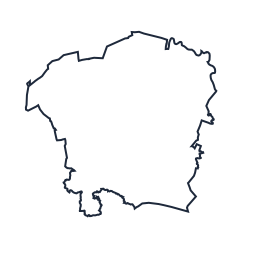 Ometepec, Guerrero, Mexico (Natural Earth projection), rotated 169°
{"feature_id": "50627088B84554678203253", "entity_name": "Ometepec", "entity_type": "district", "adm_level": 2, "iso_a3": "MEX", "parent_name": "Mexico", "parent_adm1": "Guerrero", "projection": "natural_earth1", "projection_center": [-98.323, 16.673], "detail": "fine", "context": "isolated", "style": "outline", "palette": "slate", "viewbox_px": 256, "rotation_deg": 169, "n_neighbors": 0, "source": "geoboundaries", "source_scale": "gbopen_adm2", "svg_char_len": 5643}
<svg xmlns="http://www.w3.org/2000/svg" viewBox="0 0 256 256"><g transform="rotate(169 128 128)"><path d="M41.3,189.6L41.5,188.0L42.9,186.4L43.9,185.8L45.0,185.7L46.6,186.5L47.1,187.0L47.5,188.0L48.3,190.2L48.7,190.9L49.8,192.1L50.4,192.7L53.1,193.3L53.8,193.6L54.7,194.3L55.7,195.7L57.2,197.5L59.0,198.7L59.3,199.1L59.1,201.4L59.2,201.9L59.5,202.3L60.1,202.5L60.9,202.5L63.0,201.5L64.4,201.1L65.2,201.3L65.8,201.8L66.1,202.3L66.2,203.1L66.1,206.3L66.4,206.9L67.7,207.8L68.2,207.8L68.9,207.4L69.8,206.2L71.1,204.2L71.5,203.1L72.3,200.3L73.4,197.9L74.9,198.2L75.9,198.3L75.3,200.6L74.4,202.9L74.2,202.8L73.9,203.5L72.8,207.1L78.1,210.1L94.4,217.7L98.8,220.3L103.0,220.7L106.0,221.5L106.1,218.3L109.9,217.4L110.7,216.3L112.9,216.4L113.7,216.5L133.1,212.0L139.5,201.3L147.9,203.4L153.0,203.4L153.0,203.1L153.5,203.1L155.2,203.5L160.1,203.6L163.4,203.3L163.4,205.5L162.7,212.3L177.3,211.8L183.0,208.5L189.5,208.1L194.8,204.9L195.1,201.3L196.4,200.7L199.1,198.4L202.4,195.3L205.2,194.0L206.4,193.6L210.5,191.7L210.9,191.4L216.1,188.7L215.4,192.6L216.5,191.9L218.1,191.2L218.6,190.6L217.8,187.8L220.9,179.7L223.2,170.0L224.3,167.7L224.6,165.5L222.8,164.1L213.9,166.6L211.8,167.5L210.8,162.9L208.2,157.8L203.9,152.9L202.9,152.3L203.0,150.1L202.6,149.6L202.7,149.4L202.2,149.1L201.9,147.2L201.8,145.8L201.0,142.0L200.5,141.9L199.9,141.5L199.2,139.9L200.4,139.8L200.5,138.4L200.3,130.7L200.0,129.4L196.2,129.0L195.3,129.0L194.7,129.2L192.0,129.3L191.8,128.1L192.2,124.2L193.5,122.5L193.6,110.3L194.5,109.4L197.0,102.4L196.3,101.3L196.1,101.2L195.2,100.2L193.7,99.8L193.1,99.5L191.3,99.2L190.2,98.0L189.1,97.0L188.6,96.2L190.2,96.3L191.7,96.8L191.9,96.7L192.3,96.1L193.5,95.0L193.7,92.3L194.2,91.3L194.7,89.3L195.4,88.5L196.0,88.4L197.1,88.7L197.8,89.1L198.4,89.0L198.8,88.6L199.1,88.9L199.3,88.9L200.8,87.0L201.6,86.8L201.6,86.6L201.4,86.0L201.0,85.5L200.7,85.1L200.7,84.7L200.4,84.1L200.6,83.0L201.2,82.2L201.4,81.7L201.4,81.4L201.2,81.2L199.2,80.0L199.0,79.5L199.5,78.3L199.4,78.0L198.9,77.2L197.8,75.9L197.6,76.1L197.3,77.4L196.6,77.9L196.3,77.9L195.8,77.7L195.1,77.1L194.7,76.3L193.8,75.2L192.6,74.4L191.1,73.7L190.8,73.7L189.7,74.3L188.2,74.3L187.7,74.5L187.3,74.4L186.1,74.7L185.7,74.5L185.6,74.3L185.6,73.6L186.3,73.0L187.0,72.5L187.2,72.0L187.6,70.3L187.5,69.3L188.0,67.8L187.9,66.8L188.1,65.7L189.3,65.3L189.4,65.0L189.6,63.6L189.0,61.9L189.0,61.5L189.2,61.3L189.3,60.4L190.3,58.4L190.7,56.6L191.1,56.0L191.1,55.7L187.6,55.1L186.8,55.3L186.6,55.2L186.4,55.0L186.4,54.5L186.8,53.1L186.6,52.5L187.0,52.0L187.1,51.7L186.4,50.5L185.0,49.7L184.4,49.1L183.3,50.0L182.9,50.0L182.7,49.7L182.3,48.8L181.9,48.7L181.3,48.9L180.5,48.6L179.6,48.9L179.0,49.0L176.7,48.5L174.3,48.7L173.3,48.4L172.0,48.9L171.4,48.8L171.1,49.0L170.9,49.5L170.8,50.4L171.0,51.3L171.7,51.7L171.7,52.5L172.0,52.7L171.4,53.2L171.2,53.7L170.9,54.1L170.6,54.2L170.0,55.6L168.6,57.3L168.9,58.0L169.1,58.2L169.5,58.2L169.8,60.0L170.0,60.2L170.1,60.8L169.8,61.0L169.7,61.5L169.3,61.8L170.7,63.4L171.0,63.3L171.1,63.8L171.0,64.3L170.5,64.1L169.9,64.1L170.3,65.4L170.3,65.9L170.4,66.2L170.5,66.2L170.8,65.9L171.3,66.1L171.7,65.9L171.6,65.3L172.1,65.0L172.5,65.6L172.5,65.9L172.8,65.6L172.9,65.1L174.2,65.5L174.4,65.2L175.3,65.8L174.5,67.1L174.8,67.4L174.9,68.1L174.6,68.2L175.0,68.4L175.1,70.0L174.6,70.5L173.0,71.2L171.4,70.9L171.4,71.2L170.5,71.8L170.1,71.5L170.3,71.4L170.1,71.1L169.5,70.8L169.0,70.8L169.0,70.5L168.5,70.6L167.9,70.5L167.6,71.0L167.4,71.1L165.8,72.5L165.7,72.8L165.8,73.3L164.5,73.1L164.1,73.2L163.8,73.1L164.0,73.3L163.6,73.0L163.7,72.6L162.6,71.7L162.0,71.4L160.4,71.5L160.0,70.8L159.6,70.8L159.4,70.5L159.5,70.1L159.3,70.2L158.5,69.3L157.6,69.4L157.1,69.6L156.5,69.3L156.0,69.3L154.9,68.0L154.7,68.0L154.4,67.7L153.7,67.4L152.6,66.6L152.5,66.1L151.9,66.1L151.0,65.0L150.6,65.3L149.9,64.7L149.3,64.1L149.1,63.5L148.2,62.5L147.5,62.6L146.7,61.9L146.9,61.9L147.1,61.5L146.9,60.7L145.8,59.7L145.9,59.4L145.6,58.9L145.6,58.4L146.1,57.3L145.3,56.5L146.2,55.3L145.2,55.1L144.8,54.4L144.3,54.4L143.8,54.0L143.3,54.1L143.3,54.3L142.7,54.4L141.4,53.3L140.7,53.0L140.1,52.4L138.5,52.4L138.1,52.1L136.8,49.2L136.8,47.6L134.6,48.7L133.0,49.1L128.4,51.2L121.9,50.6L112.4,47.5L107.7,45.5L100.4,42.2L85.0,34.5L85.3,38.5L84.3,40.1L74.4,47.8L78.4,54.8L78.8,57.9L79.6,62.5L78.7,63.1L72.4,68.4L70.7,71.3L69.0,75.5L67.2,75.0L67.0,75.7L66.6,75.9L66.8,77.0L66.4,77.4L66.3,78.0L66.5,78.9L67.2,79.4L67.3,79.7L66.8,80.7L66.5,80.8L67.3,84.4L67.1,85.1L66.9,85.2L65.5,85.2L63.9,84.5L62.3,84.6L62.2,84.7L62.9,86.3L62.6,87.1L62.5,88.1L62.8,88.7L62.7,89.0L58.9,89.3L59.0,89.9L59.5,89.8L59.8,90.0L60.1,90.4L61.2,91.4L62.2,91.4L62.2,91.7L62.0,92.0L62.1,92.4L62.2,92.6L59.9,96.4L63.6,99.0L66.4,95.3L67.0,96.5L67.6,96.9L67.9,97.7L68.2,97.9L69.0,98.0L63.4,102.6L61.6,103.0L61.2,105.5L59.8,108.2L59.9,108.3L60.4,111.2L56.8,116.6L54.2,121.4L47.9,117.7L46.9,116.9L45.4,116.2L44.1,116.0L43.9,116.1L43.8,116.9L44.8,118.2L45.0,118.5L45.0,118.8L44.2,119.6L42.9,119.5L42.3,119.8L42.2,120.3L42.9,121.5L43.1,122.8L44.0,124.0L44.2,125.7L44.4,126.0L44.8,126.0L45.7,125.0L46.0,124.9L46.6,124.9L47.0,125.5L47.0,125.9L46.0,126.9L46.1,127.0L45.9,128.4L45.6,129.0L46.9,134.7L43.2,140.0L34.6,147.0L34.2,147.6L35.0,148.8L35.3,149.7L35.6,153.8L36.1,156.7L37.0,159.3L37.2,161.4L37.0,163.5L36.7,164.3L36.4,164.8L35.2,165.5L34.6,165.7L34.1,165.7L32.7,165.5L32.2,165.6L32.0,165.9L31.6,167.1L31.4,169.0L31.5,169.7L32.0,171.2L32.8,172.3L33.4,172.9L34.6,173.6L36.0,174.7L36.8,176.0L36.7,176.3L37.2,177.6L36.7,177.6L36.0,178.1L35.0,179.3L34.0,183.3L33.9,184.1L33.9,185.5L35.0,187.1L35.7,187.4L36.6,187.2L36.7,187.5L39.1,186.9L39.7,187.3L40.3,188.0L40.8,189.1L41.3,189.6Z" fill="none" stroke="#1e293b" stroke-width="2"/></g></svg>